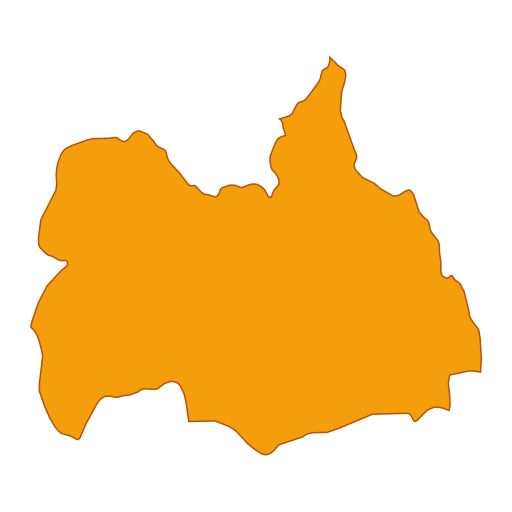 SVG path tracing the border of Junín, rotated 180°
{"feature_id": "PER-590", "entity_name": "Junín", "entity_type": "Department", "adm_level": 1, "iso_a3": "PER", "parent_name": "Peru", "parent_adm1": "", "projection": "equal_earth", "projection_center": [-74.886, -11.684], "detail": "fine", "context": "isolated", "style": "filled", "palette": "amber", "viewbox_px": 512, "rotation_deg": 180, "n_neighbors": 0, "source": "natural_earth", "source_scale": "10m", "svg_char_len": 4067}
<svg xmlns="http://www.w3.org/2000/svg" viewBox="0 0 512 512"><g transform="rotate(180 256 256)"><path d="M481.3,184.9L480.0,190.7L473.5,209.6L464.9,226.2L451.2,241.0L446.2,245.1L445.1,246.4L444.4,248.0L444.7,250.2L445.7,251.2L447.0,251.6L450.3,251.3L452.1,251.6L453.6,252.2L459.4,255.5L463.8,256.9L465.1,257.8L467.7,259.9L471.7,264.1L472.4,265.1L473.0,266.7L473.4,268.6L473.5,270.7L473.5,274.1L471.3,291.0L470.9,292.7L456.6,320.7L456.0,322.6L455.4,326.8L455.3,328.5L455.8,337.0L455.5,341.3L454.9,345.6L453.9,349.8L451.1,357.1L450.2,358.7L448.3,361.5L447.1,362.7L445.8,363.7L440.9,366.2L423.7,372.4L418.4,373.4L403.5,373.7L397.3,374.5L395.2,374.4L394.0,373.6L393.4,373.0L391.2,371.5L388.8,370.6L387.5,370.5L386.5,370.7L385.1,371.6L383.2,373.2L379.5,378.0L377.3,379.7L374.7,380.9L373.3,381.1L372.1,380.9L365.8,378.4L364.3,377.5L363.0,376.3L360.9,373.6L358.6,371.2L355.7,366.8L354.6,365.9L353.1,364.9L348.1,362.5L346.9,361.7L346.5,361.0L346.1,360.2L345.8,359.4L345.1,356.1L344.2,353.2L343.6,351.9L340.9,347.9L333.2,339.9L323.8,327.7L322.3,326.5L321.4,326.4L317.0,326.4L310.4,319.6L307.8,317.8L304.0,317.3L298.0,315.4L296.6,315.3L295.6,315.5L294.9,315.9L294.3,316.5L293.4,317.8L292.5,319.8L291.5,322.5L290.9,323.4L289.9,324.2L282.5,326.8L279.2,326.9L277.0,326.7L274.9,326.1L273.2,325.2L270.8,324.5L269.0,324.7L263.3,327.1L259.6,328.0L257.2,327.9L255.1,327.6L252.2,326.2L250.3,324.9L249.2,324.0L248.1,323.0L247.0,321.7L244.4,316.5L243.4,315.3L241.8,314.4L240.8,315.3L240.0,316.7L239.1,319.3L238.5,320.8L237.7,322.2L234.4,326.0L233.4,327.4L232.9,329.1L233.0,331.1L233.5,333.0L234.2,334.8L236.0,338.0L239.4,341.7L240.4,343.2L241.0,345.0L241.5,347.1L242.0,351.7L242.0,354.0L241.7,356.2L236.6,369.2L235.7,370.8L234.6,372.5L233.0,374.1L230.0,375.5L227.7,376.2L226.9,376.5L226.6,376.9L226.9,378.9L227.1,379.8L228.7,383.4L229.2,388.1L229.5,388.9L230.6,391.4L231.0,392.0L231.3,392.3L232.5,393.0L223.3,395.8L219.8,398.4L215.4,407.1L213.9,409.1L212.1,409.9L210.0,410.5L207.4,411.7L205.6,413.4L194.5,428.3L192.9,430.8L191.9,432.9L190.7,437.9L189.7,440.8L188.6,442.4L187.1,443.3L185.8,443.8L184.2,444.9L183.4,446.6L182.7,448.7L182.1,452.6L182.1,454.7L173.9,446.5L168.4,442.8L167.2,441.6L166.5,439.3L166.3,436.0L167.4,429.8L169.6,422.9L170.5,418.7L171.7,401.3L170.0,394.1L168.0,391.1L157.5,361.7L155.7,358.1L155.3,354.3L158.1,347.2L157.2,343.7L156.5,342.1L149.4,334.4L138.0,328.8L134.1,325.6L132.9,324.4L131.6,323.3L119.8,316.5L118.0,315.9L114.9,316.3L112.9,316.9L105.9,321.2L103.3,322.0L101.8,321.7L99.7,319.3L98.3,317.1L92.8,299.7L87.8,294.4L85.0,292.0L83.8,290.6L82.9,288.7L81.9,282.8L80.8,280.0L74.2,271.5L73.3,269.6L72.7,266.6L72.4,258.7L71.1,249.9L71.2,241.0L70.8,238.5L70.0,236.7L68.4,235.1L65.2,233.8L63.4,234.3L61.0,236.4L59.9,236.4L58.2,233.7L56.8,231.9L53.2,229.3L51.5,227.6L50.2,224.6L47.9,220.5L43.0,200.4L42.5,196.2L40.6,192.1L33.4,182.5L31.9,173.9L30.7,153.7L31.4,140.0L39.8,141.1L43.4,141.0L62.3,137.0L63.6,129.4L63.5,126.3L62.5,119.1L62.0,108.5L62.3,104.0L62.9,101.7L63.6,101.7L64.5,102.0L65.2,102.4L66.4,102.8L67.8,103.5L73.9,104.9L77.4,104.8L81.0,103.6L85.0,101.6L94.8,91.7L96.6,90.6L98.1,91.0L98.9,92.4L100.5,95.8L101.5,97.1L102.5,98.1L103.4,98.5L104.3,98.7L139.6,97.8L172.4,84.0L185.0,79.6L199.5,79.3L204.7,78.1L209.7,75.0L232.5,67.4L234.5,66.0L236.8,62.8L238.5,61.0L241.8,58.6L244.3,57.6L247.0,57.3L249.0,57.7L250.7,58.4L256.4,62.0L264.2,68.2L274.9,79.9L277.2,81.9L283.1,85.7L297.2,91.1L323.2,90.5L325.9,109.3L327.4,116.3L328.2,118.9L332.2,127.0L334.3,128.9L337.1,130.1L341.4,130.6L347.5,128.5L350.3,126.5L352.5,124.6L354.6,123.2L357.3,122.6L365.8,123.2L369.0,122.8L371.4,122.1L374.1,120.0L382.0,117.2L384.2,116.8L386.5,116.7L391.1,115.7L393.3,115.0L395.5,114.6L402.2,115.8L406.6,115.7L408.8,114.7L411.0,113.2L413.0,111.2L414.9,108.7L426.1,88.0L431.8,74.6L433.7,72.4L435.9,72.9L439.1,74.9L442.3,76.2L449.2,78.2L450.8,78.9L452.2,79.8L454.5,82.2L456.7,84.8L462.2,93.9L467.5,106.0L472.4,120.2L472.6,121.5L472.6,128.8L469.4,155.0L469.5,156.9L469.8,159.3L472.8,171.3L475.0,176.9L478.3,182.2L481.3,184.9Z" fill="#f59e0b" stroke="#b45309" stroke-width="1.5"/></g></svg>